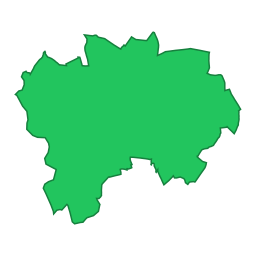 Obio/Akpor, Rivers, Nigeria (Robinson projection)
{"feature_id": "59680162B6299894636493", "entity_name": "Obio/Akpor", "entity_type": "district", "adm_level": 2, "iso_a3": "NGA", "parent_name": "Nigeria", "parent_adm1": "Rivers", "projection": "robinson", "projection_center": [7.009, 4.856], "detail": "fine", "context": "isolated", "style": "filled", "palette": "green", "viewbox_px": 256, "rotation_deg": 0, "n_neighbors": 0, "source": "geoboundaries", "source_scale": "gbopen_adm2", "svg_char_len": 5248}
<svg xmlns="http://www.w3.org/2000/svg" viewBox="0 0 256 256"><path d="M83.0,222.2L85.6,219.1L87.0,217.7L93.5,215.6L98.4,211.4L99.7,205.1L99.9,204.5L97.2,200.1L96.6,198.4L98.8,198.6L100.6,196.9L101.0,196.1L101.4,195.7L101.5,195.2L101.4,194.3L101.5,192.8L101.4,190.2L101.6,187.2L101.8,184.6L102.9,183.2L104.2,181.8L106.3,179.5L107.9,177.7L108.5,177.1L109.4,176.8L109.5,176.9L109.6,177.1L110.1,177.0L113.1,176.2L115.5,175.6L118.6,174.9L120.9,174.3L120.9,172.8L120.7,171.5L120.4,170.3L120.2,169.4L121.4,169.0L122.8,169.0L123.7,169.1L125.2,169.4L127.0,170.0L127.1,169.3L126.9,168.8L127.0,168.6L127.4,168.6L127.8,168.8L128.2,169.0L128.6,168.9L130.1,168.4L131.7,167.8L131.8,167.6L131.6,167.1L131.2,166.0L130.8,165.0L132.0,164.6L130.6,161.2L130.2,159.8L130.1,158.3L130.2,157.7L130.3,157.2L131.1,157.2L133.6,157.3L136.3,157.6L140.3,158.0L143.2,158.4L145.7,158.7L148.8,159.2L149.3,159.4L149.6,159.5L150.1,159.4L151.4,159.1L151.3,159.9L151.2,161.1L151.3,163.1L151.0,164.6L151.4,164.8L151.6,163.4L151.8,163.4L152.7,163.3L153.8,163.4L153.9,163.5L154.1,164.1L154.2,164.4L154.2,164.8L154.2,165.4L154.2,166.0L154.3,166.2L154.5,166.6L155.0,167.5L155.4,168.5L155.8,169.2L155.9,169.5L156.0,169.7L156.0,170.3L155.9,171.9L156.2,172.3L157.7,169.8L157.7,170.8L157.8,171.5L158.0,172.0L158.2,172.3L159.1,174.4L160.0,176.5L161.1,178.6L161.6,179.8L162.3,181.4L163.9,184.8L168.7,180.7L172.2,177.1L172.5,176.8L173.3,175.8L174.5,177.9L176.6,177.9L180.2,177.0L183.9,178.6L184.8,180.0L185.5,182.7L187.8,184.4L189.0,182.7L189.3,182.2L189.5,182.1L190.7,181.9L193.5,181.6L194.9,182.0L195.1,181.9L195.7,181.0L196.6,179.7L200.8,173.6L204.8,168.0L205.5,166.4L205.9,165.1L206.1,164.4L206.2,163.6L206.4,162.7L203.9,161.9L202.8,161.6L202.3,161.3L201.6,160.7L200.9,160.1L199.7,159.1L199.1,158.6L198.3,157.9L197.8,157.5L197.3,156.9L197.2,156.5L197.2,156.2L197.7,156.2L198.0,156.0L198.3,155.4L199.0,154.2L199.6,153.2L200.6,151.6L201.1,150.9L201.6,150.1L202.3,149.6L203.0,149.3L203.6,149.1L204.5,148.8L205.1,148.7L207.3,148.4L207.7,148.3L208.1,148.0L208.9,147.2L209.3,146.9L211.1,146.5L211.6,146.2L212.8,145.7L213.5,145.3L213.8,144.7L214.5,143.6L215.5,142.3L216.7,140.5L217.8,138.6L218.5,137.7L219.0,137.4L219.4,136.7L219.9,135.6L220.0,134.5L220.3,133.8L220.8,133.0L220.3,128.0L223.0,127.7L226.8,127.2L227.1,126.7L234.2,133.7L236.1,130.1L236.5,129.1L237.2,127.1L237.9,125.7L238.3,125.0L238.3,123.4L238.5,122.2L238.8,120.8L239.0,119.4L239.0,118.7L238.9,117.4L239.0,116.0L238.9,115.1L238.8,113.9L238.9,112.6L238.9,111.8L238.7,111.1L238.6,110.9L240.6,109.3L239.5,107.5L238.3,105.3L234.1,98.7L233.7,97.9L232.0,95.2L231.0,93.5L230.8,92.7L230.2,91.2L229.4,89.3L225.8,90.3L224.9,90.6L224.8,87.2L224.8,84.5L224.8,83.3L224.7,82.5L224.5,81.8L224.2,81.1L224.0,80.4L223.5,79.3L222.9,77.9L222.1,76.0L221.7,75.5L221.2,75.1L220.6,74.8L218.7,74.8L216.3,75.3L215.0,75.4L210.3,74.8L207.1,73.3L207.6,72.3L209.2,68.4L209.4,67.9L209.4,67.6L209.3,66.6L209.3,66.0L209.2,65.3L209.1,64.5L209.0,63.2L208.9,61.7L208.8,60.6L208.9,59.2L208.9,57.3L208.9,56.2L209.0,54.1L209.2,53.0L209.4,52.3L208.4,52.1L204.4,51.3L200.1,50.4L190.4,48.6L188.1,49.0L181.3,49.8L175.4,50.4L169.5,51.2L165.4,51.7L162.2,53.4L159.6,54.6L157.5,55.5L158.2,49.3L158.5,47.3L158.5,46.9L158.6,45.1L158.4,43.9L157.9,41.4L157.5,40.2L157.0,38.8L155.4,35.3L154.4,32.8L154.2,32.9L153.7,32.5L153.4,32.3L153.2,32.2L152.9,32.4L152.3,33.1L150.3,35.8L147.8,39.2L146.7,40.6L146.3,40.6L145.1,40.5L139.4,39.9L137.5,39.7L136.6,39.6L136.0,39.6L135.7,39.5L135.3,39.2L134.6,38.8L133.3,38.0L131.5,36.9L131.1,37.6L125.2,46.0L124.0,45.0L123.5,45.8L123.1,46.1L122.2,46.8L121.5,47.7L121.0,48.3L120.9,48.5L120.9,48.9L120.8,49.1L120.2,48.8L119.0,48.1L117.5,47.2L116.3,46.4L114.6,45.4L113.7,44.8L108.4,41.2L107.1,40.3L106.2,39.7L105.1,38.9L104.6,38.6L104.0,38.5L102.9,38.2L101.8,38.0L101.1,37.8L99.0,37.4L98.3,37.2L98.0,36.9L97.4,36.4L97.0,35.9L96.6,35.5L96.3,35.3L95.9,35.2L95.6,35.2L95.0,35.2L94.0,35.5L92.9,35.8L92.6,35.9L92.1,35.9L91.3,35.7L89.8,35.6L88.5,35.4L84.4,34.9L86.9,38.8L87.0,39.6L86.9,40.3L86.9,41.5L86.8,42.7L86.3,43.6L85.3,45.7L84.9,47.1L84.9,48.8L85.1,50.7L86.0,53.8L86.5,55.8L87.6,59.3L88.7,65.8L87.5,65.9L85.2,66.0L82.2,65.7L81.7,63.7L80.9,61.0L80.4,59.1L79.8,57.3L78.0,57.1L78.1,58.0L75.9,59.1L73.5,60.3L70.8,61.6L66.0,64.0L66.5,65.6L64.5,65.4L62.1,65.1L61.0,65.0L59.6,64.8L59.4,64.9L57.4,63.0L55.9,61.9L54.5,60.6L51.6,58.6L48.6,57.3L48.4,57.4L47.8,57.2L46.6,55.6L45.4,53.8L45.3,53.5L45.3,53.0L45.3,52.6L45.4,52.3L44.9,51.4L44.2,52.0L43.8,52.4L43.6,52.7L43.4,53.1L43.4,53.8L43.4,54.3L43.2,54.9L42.8,55.9L42.6,56.7L42.3,57.2L41.7,57.9L41.4,58.3L40.9,58.7L39.9,59.4L39.6,59.7L38.9,60.5L37.9,61.8L37.1,62.8L36.3,63.8L35.3,65.1L34.7,65.9L34.3,66.6L33.5,68.5L31.9,71.4L30.3,74.2L30.2,73.5L29.8,73.1L29.2,72.8L27.9,72.7L27.3,72.6L26.3,71.9L26.0,71.3L23.9,72.3L23.2,72.5L23.1,72.9L21.5,76.8L24.1,80.6L24.2,84.8L22.1,90.1L18.8,91.0L15.4,94.5L16.9,95.4L22.6,106.1L26.9,111.3L28.0,119.9L27.0,123.1L26.8,129.3L32.8,135.4L37.5,137.3L45.2,137.7L48.6,143.2L49.3,146.9L48.2,152.6L44.7,158.4L46.0,164.1L56.2,169.5L53.5,179.8L48.5,181.7L44.8,184.2L43.3,188.2L45.8,193.3L51.0,205.0L53.4,211.4L53.7,213.9L56.9,210.2L60.0,209.5L61.8,210.0L66.9,204.4L67.9,205.4L70.0,212.4L72.3,221.8L74.6,223.8L80.2,222.5L83.0,222.2Z" fill="#22c55e" stroke="#15803d" stroke-width="1.5"/></svg>